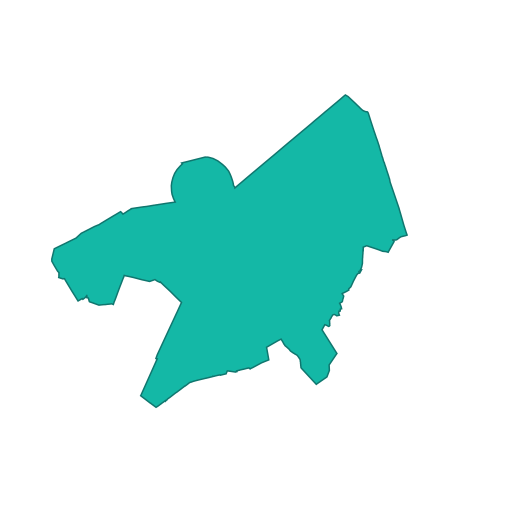 Ecatepec de Morelos, México, Mexico, rotated 229°
{"feature_id": "50627088B37920296364691", "entity_name": "Ecatepec de Morelos", "entity_type": "district", "adm_level": 2, "iso_a3": "MEX", "parent_name": "Mexico", "parent_adm1": "México", "projection": "albers", "projection_center": [-99.051, 19.572], "detail": "fine", "context": "isolated", "style": "filled", "palette": "teal", "viewbox_px": 512, "rotation_deg": 229, "n_neighbors": 0, "source": "geoboundaries", "source_scale": "gbopen_adm2", "svg_char_len": 6037}
<svg xmlns="http://www.w3.org/2000/svg" viewBox="0 0 512 512"><g transform="rotate(229 256 256)"><path d="M129.3,253.1L157.0,257.4L159.0,262.9L158.1,263.4L157.7,263.6L157.4,263.8L155.2,264.6L155.1,264.8L155.0,265.2L155.0,265.6L155.1,265.9L155.2,266.2L155.5,266.4L155.8,266.5L156.3,267.0L156.6,267.2L156.8,267.5L157.1,267.6L157.4,267.9L157.7,268.1L158.4,268.7L158.9,269.0L159.2,269.1L159.4,269.9L159.5,270.4L159.8,271.1L159.9,271.7L160.5,273.0L160.8,274.1L161.1,275.0L161.1,275.5L161.0,275.8L160.5,276.7L159.9,277.1L159.1,277.4L157.9,277.7L156.6,280.1L158.1,280.7L158.7,280.9L159.9,282.4L159.2,283.3L159.6,283.8L160.4,284.5L160.6,284.8L160.0,286.0L161.7,286.9L164.1,287.8L165.5,288.1L164.9,290.6L165.1,291.5L166.0,292.6L166.5,293.3L167.0,294.2L168.2,295.9L171.1,296.3L171.1,296.7L170.6,298.3L169.8,301.4L169.4,303.8L170.1,304.1L170.3,304.3L170.4,304.5L170.4,305.5L170.5,307.3L171.3,309.1L173.1,313.0L175.2,318.4L175.7,319.8L175.9,321.2L175.7,321.9L175.2,322.8L176.3,323.3L175.3,323.7L176.3,326.4L176.9,325.4L177.5,326.8L177.7,327.3L178.0,327.9L178.7,328.9L179.2,329.6L180.7,331.6L181.4,332.2L183.2,333.8L184.0,334.5L184.8,335.4L186.4,336.9L187.7,338.3L190.1,340.5L189.9,340.6L191.8,342.3L192.3,342.7L191.8,344.3L191.1,346.3L187.5,348.4L185.0,349.9L183.3,350.9L181.4,352.0L180.0,352.8L178.5,353.6L176.6,354.6L176.0,355.1L174.2,356.8L173.1,357.6L172.1,358.2L172.6,359.4L176.3,369.7L176.9,369.9L177.9,369.9L178.4,369.5L178.8,369.2L178.3,369.9L176.5,371.8L176.3,372.2L176.1,372.5L175.9,373.1L175.7,376.1L175.6,376.9L175.5,377.5L175.4,378.0L174.2,380.4L173.5,381.7L172.6,383.7L172.9,383.9L174.6,384.5L182.3,387.8L193.4,393.0L196.7,394.5L198.1,395.2L213.5,401.5L223.8,405.7L226.5,407.3L227.4,407.6L228.0,407.9L229.3,408.5L230.7,409.1L233.1,410.1L234.1,410.5L237.5,412.0L238.7,412.5L239.5,412.8L240.2,413.1L240.8,413.3L241.9,413.9L243.7,414.4L246.4,415.7L247.5,416.2L248.3,416.4L250.7,417.6L252.1,418.2L254.0,419.1L254.8,419.5L255.8,419.9L257.5,420.7L258.2,421.1L259.2,421.5L261.8,422.6L263.7,423.4L266.9,424.6L268.3,425.2L269.5,425.7L270.7,426.2L272.5,426.9L281.0,430.5L284.7,432.1L290.2,434.5L291.6,434.7L292.4,434.0L292.7,433.7L293.3,433.3L293.8,433.0L294.5,432.7L295.1,432.4L295.9,432.1L296.4,432.0L297.1,431.9L298.0,431.8L298.6,431.7L300.7,431.6L303.7,431.3L305.2,431.2L315.9,430.1L317.7,429.5L318.9,429.1L319.0,426.9L319.0,426.2L319.0,421.7L319.3,404.8L319.4,403.3L319.4,399.7L319.6,388.9L319.6,384.7L320.1,358.8L320.2,353.1L320.3,345.8L320.4,336.7L320.6,326.6L320.8,314.7L321.0,303.9L321.1,294.7L321.2,287.8L321.2,284.7L322.1,285.2L324.0,285.3L324.9,285.9L325.8,286.5L326.7,286.9L327.6,287.4L331.7,289.1L334.6,290.1L337.9,291.0L343.2,291.2L346.9,290.8L352.8,289.6L357.7,287.6L361.0,285.4L362.2,284.5L364.1,282.4L373.5,263.8L373.6,263.7L375.0,260.9L373.8,260.9L373.6,257.6L373.0,253.1L371.7,248.8L369.6,244.7L366.9,240.8L364.6,238.2L360.4,234.9L357.6,233.1L353.4,231.4L349.7,230.4L352.4,226.2L355.0,222.2L356.1,220.4L356.8,219.3L358.9,216.0L359.2,215.4L359.9,214.4L360.6,213.3L360.8,212.9L361.2,212.4L361.8,211.4L362.6,210.1L363.0,209.4L363.5,208.6L365.3,205.7L366.9,203.4L368.8,200.5L369.2,199.8L369.6,199.2L371.2,196.7L372.6,194.5L373.6,192.9L373.4,192.7L373.5,192.4L373.7,191.1L373.9,190.1L374.0,189.5L374.1,189.0L374.2,188.1L374.4,186.2L374.9,183.1L375.5,183.1L375.9,183.1L376.9,183.0L377.5,183.0L378.3,182.9L378.9,179.6L379.4,176.8L379.5,176.4L379.9,174.2L381.1,167.5L381.8,163.4L382.0,162.1L382.1,161.7L382.3,160.5L382.5,159.3L382.5,158.8L382.6,158.1L383.1,156.8L384.2,153.5L387.8,139.0L387.6,131.9L393.8,108.5L387.7,99.9L386.0,98.5L381.4,97.5L374.7,96.3L374.3,96.3L372.7,96.4L372.6,96.2L372.2,95.9L371.1,94.9L369.8,93.8L369.5,93.4L369.2,93.0L367.3,94.1L365.7,95.1L365.3,95.3L365.1,95.8L364.9,96.3L364.5,96.6L362.7,96.2L357.6,95.3L350.2,94.0L344.4,93.1L338.8,92.2L337.9,96.9L336.9,96.9L336.7,99.8L336.9,101.0L337.1,102.3L336.8,102.2L335.5,101.0L334.3,101.9L330.9,100.3L330.5,100.4L330.0,100.7L329.0,101.3L322.0,105.2L319.5,108.8L318.2,110.4L317.1,112.1L315.8,113.9L314.5,115.8L313.0,116.5L313.7,117.7L314.1,118.3L314.6,119.2L315.1,120.3L315.8,121.6L316.7,123.3L319.4,128.1L322.2,133.3L324.3,137.3L326.4,141.2L326.9,142.4L327.8,143.8L326.1,144.9L326.0,145.1L320.2,149.4L312.4,154.7L312.2,154.9L306.6,159.0L304.8,163.5L304.5,164.3L302.1,164.9L301.7,165.0L299.0,166.3L299.1,166.8L295.3,167.1L291.3,167.5L290.5,167.6L286.5,168.0L285.5,168.1L278.1,168.6L269.8,169.3L266.5,162.0L265.3,159.4L264.8,158.2L246.3,116.8L244.3,113.2L243.2,114.0L226.3,77.6L226.2,77.3L224.2,77.7L218.8,78.8L215.3,79.5L214.3,79.7L213.8,80.0L213.6,79.9L207.4,81.3L207.0,83.7L206.7,88.1L206.4,91.3L206.3,92.7L205.8,92.6L205.9,92.9L206.1,93.3L206.0,93.6L205.9,93.8L205.8,94.0L205.8,94.4L205.9,94.6L206.0,94.7L206.1,95.6L205.8,98.3L205.4,105.8L205.2,106.6L204.6,116.3L204.7,116.6L204.4,116.9L204.2,119.2L204.0,123.0L203.8,123.3L203.7,123.9L203.6,124.0L203.4,124.2L202.6,126.3L201.8,128.0L200.1,131.4L194.4,142.3L194.0,143.0L193.6,143.8L193.6,144.5L193.3,144.5L193.1,144.8L192.7,145.6L191.9,147.2L190.3,150.2L189.9,150.9L189.5,150.8L188.9,151.9L186.9,155.8L186.7,156.0L187.1,156.9L188.1,158.9L187.9,159.2L182.1,164.2L181.8,164.5L181.9,165.2L181.7,165.3L181.3,165.5L181.2,165.8L181.6,166.1L181.9,166.3L181.2,167.6L180.6,168.7L180.3,169.5L178.7,172.4L177.3,175.2L176.5,176.7L176.1,177.3L175.6,177.2L174.6,177.5L174.5,178.6L174.0,180.1L171.7,190.3L171.3,191.4L170.9,192.6L169.2,197.5L180.2,204.1L177.7,216.9L176.8,220.4L174.3,220.0L173.3,219.8L172.8,219.7L171.7,219.4L171.2,219.3L170.3,219.3L169.5,219.1L169.0,219.1L168.0,219.3L167.4,219.4L166.7,219.5L165.8,219.6L164.4,219.8L163.6,219.8L163.0,219.8L162.5,219.7L161.5,219.7L160.9,219.9L159.9,220.1L159.1,220.3L158.3,220.5L157.3,220.9L156.7,221.0L155.2,221.6L154.2,221.9L153.7,221.9L153.3,221.9L152.2,221.8L151.2,221.7L150.1,221.5L149.5,221.5L148.9,221.3L148.3,221.0L147.4,220.3L146.3,219.7L145.4,218.9L144.8,218.6L144.0,217.9L143.4,217.6L142.7,217.0L142.3,216.8L141.8,216.6L119.6,217.3L119.6,217.6L118.2,230.2L121.5,236.3L125.8,239.7L129.1,252.1L129.3,253.1Z" fill="#14b8a6" stroke="#0f766e" stroke-width="1.5"/></g></svg>